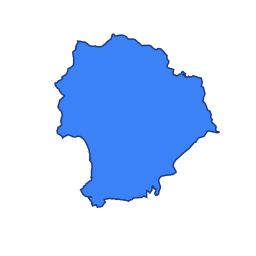 Chisindia, Arad, Romania (Natural Earth projection), rotated 204°
{"feature_id": "2599482B8925647797372", "entity_name": "Chisindia", "entity_type": "district", "adm_level": 2, "iso_a3": "ROU", "parent_name": "Romania", "parent_adm1": "Arad", "projection": "natural_earth1", "projection_center": [22.109, 46.245], "detail": "fine", "context": "isolated", "style": "filled", "palette": "blue", "viewbox_px": 256, "rotation_deg": 204, "n_neighbors": 0, "source": "geoboundaries", "source_scale": "gbopen_adm2", "svg_char_len": 5573}
<svg xmlns="http://www.w3.org/2000/svg" viewBox="0 0 256 256"><g transform="rotate(204 128 128)"><path d="M210.0,187.3L209.5,187.0L209.1,186.6L208.9,186.3L208.4,185.8L208.8,183.3L208.7,181.2L207.9,178.9L207.9,177.5L209.2,175.6L208.9,174.1L206.2,169.9L206.0,169.6L205.8,169.2L204.3,165.8L203.5,163.2L204.0,162.0L204.3,161.0L205.6,159.2L206.8,157.6L206.2,155.5L206.1,153.9L206.1,153.3L206.0,152.5L207.4,150.0L209.0,148.2L208.9,147.1L207.9,146.3L209.0,144.3L209.6,143.8L210.1,143.3L210.3,143.1L210.8,142.7L211.1,140.7L212.9,139.4L212.4,138.4L211.9,137.6L210.6,136.7L208.7,135.7L206.8,135.5L205.4,133.9L204.1,133.2L203.5,132.9L202.0,132.1L199.4,131.8L199.3,130.7L200.8,127.3L201.5,126.0L201.3,124.3L201.1,123.3L200.8,120.3L200.7,118.8L197.5,116.7L196.4,116.4L195.6,116.0L195.4,115.8L195.3,115.7L195.1,115.3L194.7,114.9L194.3,114.3L193.5,113.6L193.2,112.4L192.6,111.2L193.0,110.5L193.1,110.0L192.7,109.4L192.2,108.9L192.3,108.5L192.5,108.0L192.5,107.5L192.1,107.1L192.0,106.6L191.7,106.1L191.6,105.9L191.0,105.3L190.4,104.8L190.1,104.0L190.1,103.0L190.4,102.3L191.0,102.0L191.3,101.6L191.5,100.8L191.8,100.4L192.2,100.0L192.0,99.6L191.6,98.1L191.7,97.6L191.8,97.1L191.4,96.2L191.0,95.6L190.7,95.0L190.5,94.7L189.3,94.2L187.2,94.1L186.1,93.9L184.1,93.1L183.9,92.5L183.8,92.3L183.7,92.5L183.5,92.8L183.3,93.1L181.9,95.2L180.5,96.9L179.5,97.6L177.1,97.6L176.5,97.8L175.3,97.5L173.8,98.0L172.3,98.4L171.2,99.6L168.2,100.9L166.9,100.4L164.2,99.9L161.4,98.3L157.6,95.0L156.8,94.3L156.1,93.5L154.4,91.8L153.3,89.7L151.8,88.1L151.6,87.1L151.3,86.0L149.9,84.6L150.5,84.3L149.8,82.9L146.8,81.3L144.8,77.5L143.9,73.9L143.4,72.8L143.1,72.2L142.7,71.3L142.0,69.9L141.8,68.8L141.8,68.7L141.7,67.9L140.9,68.2L140.9,67.5L140.6,66.4L140.0,65.0L140.6,64.3L141.1,64.1L141.6,63.9L142.6,61.4L143.5,60.4L143.4,58.4L144.4,57.3L144.9,56.6L144.5,54.7L146.2,52.3L143.9,50.5L142.6,49.3L141.5,48.9L139.9,48.5L138.2,48.5L136.0,49.0L135.1,49.3L133.8,50.2L133.5,49.9L135.1,48.6L135.5,48.0L133.1,46.6L131.9,46.0L130.0,45.2L130.6,44.1L128.6,42.5L128.0,42.9L127.4,43.5L127.0,43.8L126.4,44.3L126.1,44.6L125.9,44.7L125.7,44.9L123.8,43.2L122.8,43.9L122.0,44.3L121.3,44.7L120.6,45.2L120.1,45.7L119.7,46.1L119.5,47.0L119.4,47.9L119.2,49.3L118.8,50.2L118.5,50.9L120.4,52.4L120.3,52.7L120.4,52.9L120.6,53.3L119.5,53.9L119.0,54.2L118.1,54.8L117.1,55.6L116.2,56.2L115.7,56.5L115.1,56.4L114.5,56.5L113.8,56.7L113.1,57.1L113.2,57.4L111.9,57.8L111.7,57.9L110.9,58.0L110.5,58.0L110.5,57.9L109.3,58.2L109.3,58.4L109.2,58.4L108.6,58.7L108.4,58.8L107.7,59.0L106.8,59.4L105.5,59.6L105.3,59.7L104.3,60.0L103.1,60.4L102.2,60.6L101.4,60.9L100.3,61.2L99.8,61.2L98.8,61.3L97.7,61.4L97.3,62.3L96.8,62.9L96.2,63.5L95.3,64.3L95.2,64.3L95.0,64.6L95.0,65.0L94.8,65.7L94.5,66.3L93.6,66.9L93.0,67.1L91.8,67.7L91.5,67.9L89.7,68.8L89.4,69.1L88.8,69.4L87.8,69.8L87.1,70.4L85.8,72.3L82.7,72.2L84.3,75.5L84.5,76.1L84.8,77.0L84.9,77.4L84.9,77.6L85.3,78.4L83.8,78.5L81.6,77.5L80.9,80.5L81.2,82.0L82.1,84.4L81.9,85.1L81.6,85.3L80.9,85.1L80.5,84.6L80.2,83.5L79.5,83.1L78.9,83.1L78.1,83.7L77.8,83.7L77.2,82.6L76.9,78.9L75.8,78.0L74.9,78.0L73.7,79.0L73.5,79.3L73.3,79.7L73.4,80.5L74.1,83.7L74.0,85.6L74.6,87.7L76.4,89.6L77.7,91.1L78.7,92.6L78.9,93.9L78.6,95.9L78.0,97.5L72.4,101.3L69.9,102.5L69.4,103.3L68.2,103.7L67.1,105.4L66.0,107.3L67.3,108.5L70.5,110.8L71.6,112.1L71.9,112.4L71.8,115.7L71.3,118.3L68.0,125.8L67.0,128.1L63.9,134.1L62.3,139.3L61.6,141.6L60.3,142.8L60.1,145.7L59.2,147.9L55.2,151.3L54.7,154.0L54.3,157.1L53.2,158.1L47.7,159.3L45.5,159.7L43.8,160.4L43.1,161.0L43.4,161.5L44.1,161.4L44.9,160.9L46.1,161.2L46.8,161.6L47.4,162.4L47.7,163.8L48.1,165.2L51.9,166.8L54.2,167.7L54.6,168.5L54.4,169.7L54.7,170.2L56.1,170.7L57.1,172.1L57.2,173.6L60.1,176.8L62.4,176.6L67.0,181.4L70.5,183.1L71.5,187.1L71.5,190.4L75.7,195.8L77.9,195.9L78.9,200.3L81.5,203.4L84.5,202.6L86.1,202.7L88.0,202.2L89.2,202.5L90.3,201.5L90.7,200.6L91.6,200.1L92.5,199.6L93.7,199.9L93.6,199.2L94.6,198.6L95.6,198.5L96.3,198.4L96.5,198.0L96.8,198.1L96.5,198.6L97.0,199.0L97.5,199.5L98.2,198.9L98.5,198.8L99.1,198.7L99.5,198.9L99.4,199.2L98.9,199.3L98.7,199.2L97.9,199.5L98.6,199.6L98.3,199.8L98.4,200.0L99.3,200.0L98.9,200.2L98.2,200.1L97.9,200.1L98.0,200.2L98.3,200.3L98.2,200.4L97.7,200.4L97.5,200.9L99.8,201.4L99.9,201.7L101.0,201.9L101.4,201.2L101.6,199.2L102.4,198.5L103.2,197.2L104.8,195.3L105.7,195.4L106.6,195.6L107.5,195.2L107.9,195.5L108.5,195.6L109.4,197.0L109.7,198.6L110.0,200.0L112.5,199.7L114.7,199.3L115.7,199.3L117.5,200.1L117.7,201.6L117.4,203.3L117.5,204.5L118.1,205.9L119.0,206.1L120.4,207.1L121.1,208.2L121.9,210.1L123.0,210.5L124.6,211.2L127.4,212.7L129.9,213.5L130.8,213.5L131.8,213.2L133.1,212.6L133.6,211.1L134.8,210.9L136.3,210.9L138.3,211.4L140.1,212.2L141.3,212.2L142.7,212.1L144.8,210.8L146.2,210.4L147.4,209.8L148.4,208.9L149.4,209.0L151.8,209.9L151.9,210.0L154.2,210.4L156.1,211.1L157.5,211.6L159.2,211.4L161.3,210.5L163.3,209.6L164.3,209.5L165.2,209.8L166.2,210.5L166.3,210.6L167.0,210.7L168.8,210.8L169.9,210.7L170.2,210.7L171.8,210.2L174.3,208.8L175.7,207.7L176.7,207.0L177.1,207.0L177.4,207.0L178.5,207.5L179.2,207.8L179.8,207.7L180.3,207.0L180.3,206.9L180.2,206.1L179.7,203.1L180.3,201.5L180.4,201.4L181.5,199.4L181.8,198.9L182.6,197.2L182.8,195.8L183.0,195.6L183.6,194.7L184.3,193.2L184.6,192.3L185.2,191.7L186.6,191.0L187.1,190.5L189.2,189.7L191.2,189.7L192.5,188.7L194.6,188.0L195.4,187.4L195.8,187.5L197.2,187.8L198.0,188.0L200.0,188.6L201.5,188.7L202.6,189.0L203.3,188.4L204.1,188.2L205.5,188.0L206.6,187.9L207.5,187.6L208.5,187.0L208.8,186.9L209.5,187.1L210.0,187.3Z" fill="#3b82f6" stroke="#1e3a8a" stroke-width="1.5"/></g></svg>